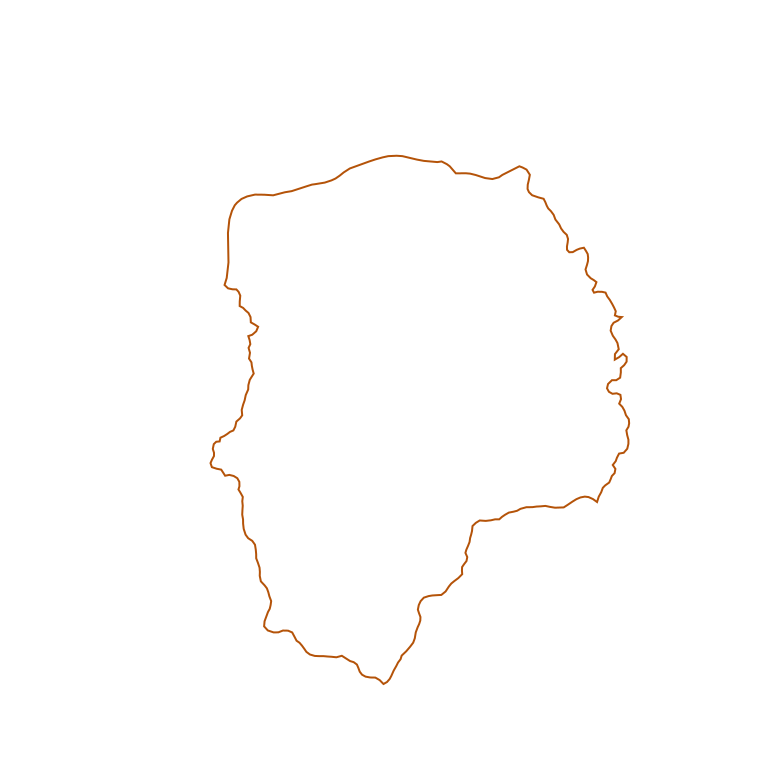 Limeira do Oeste, Minas Gerais, Brazil (Mercator projection), rotated 51°
{"feature_id": "56859067B41026277317184", "entity_name": "Limeira do Oeste", "entity_type": "district", "adm_level": 2, "iso_a3": "BRA", "parent_name": "Brazil", "parent_adm1": "Minas Gerais", "projection": "mercator", "projection_center": [-50.618, -19.42], "detail": "fine", "context": "isolated", "style": "outline", "palette": "amber", "viewbox_px": 768, "rotation_deg": 51, "n_neighbors": 0, "source": "geoboundaries", "source_scale": "gbopen_adm2", "svg_char_len": 4389}
<svg xmlns="http://www.w3.org/2000/svg" viewBox="0 0 768 768"><g transform="rotate(51 384 384)"><path d="M355.3,565.2L357.3,561.4L360.9,558.7L364.9,557.3L369.0,558.0L372.5,560.7L374.4,563.5L377.7,563.9L382.9,564.8L385.9,567.9L389.7,570.4L392.6,573.1L396.3,576.4L400.6,578.8L403.9,581.4L408.3,584.2L414.0,586.4L418.4,586.6L423.0,585.1L427.7,585.4L432.2,588.0L435.9,590.5L439.0,593.0L443.6,594.5L448.4,596.3L451.9,598.7L454.9,601.3L459.9,603.9L465.4,603.5L469.1,603.6L472.9,604.9L476.9,606.7L481.7,608.3L484.5,611.3L486.8,614.3L488.2,617.7L490.3,621.2L493.2,626.1L496.9,629.7L502.4,629.4L507.6,626.1L510.5,622.4L512.0,617.7L515.3,613.8L519.3,611.7L524.0,612.6L528.5,613.5L531.9,612.5L535.8,612.4L539.8,612.6L543.3,612.9L547.6,611.8L551.8,608.9L554.9,605.4L557.4,602.3L560.5,599.1L562.9,596.5L566.4,593.0L568.7,587.8L573.5,586.2L578.0,584.7L581.1,582.6L585.0,581.6L588.5,582.6L592.3,583.9L596.1,584.0L599.8,582.5L603.4,579.4L606.7,575.5L611.4,573.7L616.8,573.2L617.5,569.2L616.8,565.2L615.4,561.9L612.8,556.8L610.9,551.9L609.3,548.4L608.3,544.3L606.2,541.2L605.7,534.9L604.6,529.0L603.4,524.1L601.0,520.1L597.0,515.6L594.2,510.9L592.7,507.8L590.7,504.7L588.0,502.3L584.1,501.0L580.7,499.7L577.7,496.1L575.8,492.2L575.1,487.5L576.9,482.8L578.7,479.6L581.1,476.2L584.0,472.2L584.0,466.7L582.2,461.0L581.4,457.3L581.4,453.2L581.6,448.4L581.0,442.9L578.0,440.8L575.4,438.5L574.4,435.1L573.5,431.3L570.9,428.2L566.5,427.0L564.6,424.3L562.7,420.6L560.6,416.9L557.9,414.0L556.0,411.2L553.7,408.2L550.1,404.6L549.7,400.0L550.3,395.5L554.4,391.1L557.2,386.7L559.1,382.8L561.7,379.6L561.5,376.0L561.8,372.3L562.5,367.9L564.7,363.8L566.3,360.3L566.9,356.5L569.4,350.8L573.0,346.3L575.3,342.5L577.7,339.2L580.3,335.3L584.0,332.3L587.8,328.9L590.8,324.9L593.0,322.0L593.5,317.4L594.0,311.6L594.6,306.9L595.8,302.7L597.9,298.8L600.6,296.2L605.0,294.0L609.8,292.7L606.7,288.0L604.8,283.3L602.4,279.3L602.0,275.9L602.3,271.0L600.6,267.7L598.9,264.8L598.4,260.9L595.6,257.6L590.9,257.2L589.8,252.5L587.9,249.4L586.0,245.1L588.3,241.0L587.4,235.7L584.3,231.7L581.1,229.1L576.8,227.2L572.5,224.8L571.1,220.9L568.8,218.2L565.4,215.9L560.5,215.6L556.0,213.9L551.8,213.2L547.3,213.6L544.9,209.3L541.2,207.1L537.7,209.0L535.4,212.6L531.6,214.1L527.7,213.4L525.0,209.9L524.5,204.4L527.2,201.1L527.7,196.5L524.0,192.6L520.7,190.0L520.5,185.5L519.3,181.4L515.7,178.4L510.9,179.3L511.1,184.3L510.3,189.3L506.1,185.7L504.7,179.7L499.1,176.8L495.2,176.1L490.5,175.8L485.2,174.3L482.1,170.8L480.9,167.0L481.9,162.2L481.6,157.1L479.2,159.6L476.0,161.4L473.3,158.1L469.4,157.1L465.4,156.3L460.7,155.6L456.4,155.4L452.4,154.3L449.4,156.7L446.7,160.0L445.2,163.3L442.1,162.7L440.9,158.7L438.5,154.8L435.2,155.6L431.9,156.8L426.7,157.3L421.8,155.3L419.2,151.3L416.9,148.2L414.2,145.8L411.2,143.9L407.7,143.3L403.9,142.9L402.0,146.6L401.0,149.9L400.3,154.3L398.2,157.1L394.9,157.3L392.3,155.3L389.5,152.1L387.1,149.7L383.1,148.1L378.8,148.7L374.6,148.5L370.2,147.4L364.1,147.3L359.3,145.7L354.7,145.5L350.9,145.9L347.8,145.3L344.3,144.2L340.5,143.4L336.1,146.6L330.5,150.1L326.1,150.6L322.8,149.7L319.6,146.9L316.5,142.9L313.2,139.0L307.1,138.3L302.9,140.1L300.0,141.8L296.0,160.4L295.7,164.6L292.9,170.8L287.6,175.8L279.3,181.2L274.7,184.7L271.7,187.8L265.5,195.6L256.2,195.9L252.7,196.8L247.3,199.2L245.1,202.9L235.7,212.6L230.3,217.2L218.5,226.3L214.6,230.5L209.6,237.3L207.0,242.5L204.1,249.2L201.8,255.3L195.0,274.9L194.2,282.2L194.2,287.3L193.8,292.4L192.7,296.7L190.2,303.3L185.4,311.7L183.7,314.5L181.6,319.8L176.0,334.4L172.6,340.4L167.6,351.4L161.5,358.0L155.6,365.1L152.1,372.3L150.5,378.3L150.6,384.1L151.2,387.5L153.7,393.1L158.7,400.5L168.4,410.2L191.7,428.4L202.6,439.5L206.7,445.6L211.5,445.0L215.0,442.2L217.6,439.2L220.9,439.0L224.9,440.1L229.0,444.1L232.6,447.1L236.2,445.6L239.9,445.3L243.5,444.6L248.0,445.6L252.3,448.7L256.3,447.1L260.3,445.8L262.6,450.1L262.8,455.4L261.4,459.3L265.3,460.8L268.9,462.8L270.7,466.5L275.4,468.5L279.3,472.9L283.8,473.4L286.6,475.2L290.0,477.0L293.9,478.7L295.0,482.0L296.3,485.7L299.5,490.1L302.8,493.0L305.6,498.4L309.0,502.6L311.4,506.5L314.6,510.9L319.1,513.9L320.1,517.5L320.3,522.4L323.6,526.5L325.3,530.3L324.3,533.8L324.2,537.3L323.8,541.0L322.8,544.9L325.2,547.9L323.3,550.7L323.6,554.1L326.7,557.9L330.5,559.4L333.0,561.5L334.6,565.4L336.3,568.6L340.3,570.1L344.5,567.4L348.1,564.4L351.9,564.8L355.3,565.2Z" fill="none" stroke="#b45309" stroke-width="2"/></g></svg>